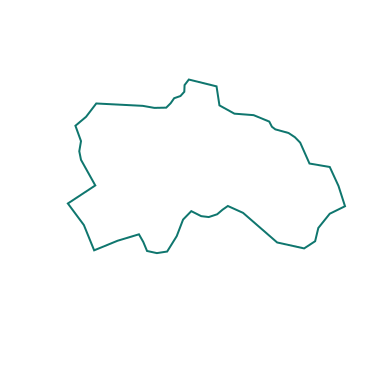 SVG path tracing the border of Teleneşti, rotated 215°
{"feature_id": "MDA-1648", "entity_name": "Teleneşti", "entity_type": "District", "adm_level": 1, "iso_a3": "MDA", "parent_name": "Moldova", "parent_adm1": "", "projection": "equal_earth", "projection_center": [28.447, 47.584], "detail": "fine", "context": "isolated", "style": "outline", "palette": "teal", "viewbox_px": 384, "rotation_deg": 215, "n_neighbors": 0, "source": "natural_earth", "source_scale": "10m", "svg_char_len": 804}
<svg xmlns="http://www.w3.org/2000/svg" viewBox="0 0 384 384"><g transform="rotate(215 192 192)"><path d="M238.7,88.1L261.6,102.9L287.1,111.4L275.0,141.9L301.4,154.7L307.7,160.7L312.1,170.0L325.5,179.4L321.9,192.9L321.2,209.6L281.8,234.3L271.1,239.3L261.5,246.3L260.4,252.4L260.4,258.6L256.5,264.0L255.8,269.7L259.4,275.3L259.1,282.3L232.5,292.6L219.2,278.7L202.2,280.5L185.6,290.3L169.1,294.0L164.0,291.3L159.7,291.1L146.8,295.7L139.2,295.9L131.7,294.5L112.1,282.7L93.5,291.5L75.5,281.0L58.5,268.1L66.7,253.2L67.9,235.0L62.9,222.3L67.8,210.1L93.3,199.5L138.2,204.2L154.6,201.1L156.8,195.1L158.6,188.2L163.9,181.1L170.6,177.5L181.6,175.9L183.5,164.3L179.2,147.1L178.2,129.0L185.7,121.8L195.0,117.9L203.2,123.1L211.2,126.9L225.0,109.4L238.7,88.1Z" fill="none" stroke="#0f766e" stroke-width="2"/></g></svg>